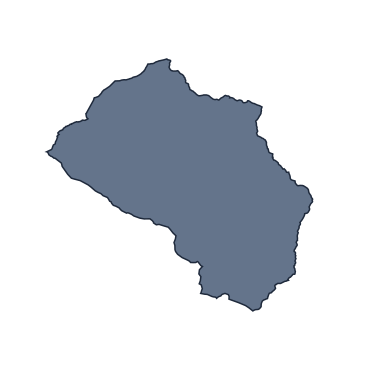 outline of Rau Alb, Dâmbovita, Romania, rotated 329°
{"feature_id": "2599482B47539139457453", "entity_name": "Rau Alb", "entity_type": "district", "adm_level": 2, "iso_a3": "ROU", "parent_name": "Romania", "parent_adm1": "Dâmbovita", "projection": "natural_earth1", "projection_center": [25.346, 45.149], "detail": "fine", "context": "isolated", "style": "filled", "palette": "slate", "viewbox_px": 384, "rotation_deg": 329, "n_neighbors": 0, "source": "geoboundaries", "source_scale": "gbopen_adm2", "svg_char_len": 6007}
<svg xmlns="http://www.w3.org/2000/svg" viewBox="0 0 384 384"><g transform="rotate(329 192 192)"><path d="M182.9,325.3L184.5,325.3L185.7,325.5L188.2,326.7L189.7,326.8L192.0,326.0L192.4,325.6L193.1,324.4L194.2,323.1L196.1,321.7L197.7,321.5L199.3,321.8L200.5,321.9L201.7,322.2L202.2,321.9L203.2,320.7L203.7,320.5L204.6,319.6L206.1,318.6L208.1,319.2L208.5,319.2L209.1,318.8L211.9,318.4L213.7,317.8L214.0,317.6L214.6,315.0L215.9,314.4L216.2,314.7L216.9,314.5L217.5,314.6L218.4,314.5L220.8,316.0L225.7,316.4L226.6,316.9L227.7,316.9L228.3,317.2L229.3,317.4L229.1,316.3L230.4,315.9L230.8,315.6L231.5,315.5L232.5,315.7L234.9,315.0L235.9,314.6L236.4,314.6L237.3,315.2L238.0,315.3L238.7,314.4L239.7,313.3L239.8,312.5L240.6,310.7L240.5,309.4L241.0,308.8L241.1,308.2L241.2,307.9L242.4,307.7L242.8,307.1L243.5,306.4L243.9,306.4L244.3,306.2L244.7,305.4L244.6,304.7L244.8,304.1L246.8,302.6L246.7,302.0L246.8,301.9L247.1,301.0L248.2,300.0L248.1,299.2L248.3,298.8L248.7,298.4L249.3,297.6L249.5,297.0L249.3,296.3L248.9,295.7L249.2,295.1L249.9,294.3L251.2,293.8L253.1,292.5L254.5,292.0L255.1,291.1L255.4,288.8L256.6,287.9L257.1,287.9L257.5,287.8L257.6,287.4L258.7,285.8L259.3,284.4L260.1,283.2L262.1,281.6L262.1,280.2L262.5,279.7L264.0,278.9L265.4,277.9L265.6,277.3L266.2,276.5L268.2,275.5L268.8,274.6L268.8,273.7L271.2,272.9L273.4,271.8L275.4,270.6L276.7,269.6L277.4,268.6L279.9,269.4L281.0,269.2L283.4,267.9L284.1,267.1L284.7,265.1L287.8,263.2L289.6,262.7L290.3,262.4L290.7,261.5L290.7,260.9L290.9,260.6L291.5,260.5L291.8,259.7L291.5,258.3L292.1,256.2L291.9,255.0L291.9,252.7L292.9,250.0L292.9,249.0L292.7,248.0L291.8,246.1L290.8,244.2L290.1,243.4L288.2,242.1L286.1,241.2L285.6,240.6L285.2,238.0L285.3,237.1L286.0,235.6L284.1,233.6L283.3,232.5L283.2,231.1L284.2,228.9L284.6,227.0L284.6,226.3L285.1,224.8L283.5,224.0L283.2,223.7L283.4,221.6L282.9,219.5L281.9,219.4L281.7,219.1L281.7,217.6L281.4,215.7L281.5,215.2L280.4,213.0L280.9,211.4L280.2,209.3L279.5,207.8L279.1,207.1L278.6,206.9L278.5,206.5L278.6,204.1L278.8,203.7L279.2,204.0L279.6,202.5L280.8,201.1L280.8,200.8L280.3,200.4L279.5,199.4L278.6,198.1L278.5,197.0L279.5,194.3L279.0,193.7L279.4,192.8L279.5,192.4L279.8,191.7L279.8,190.7L280.6,189.0L281.3,188.0L281.5,187.3L281.3,187.0L281.6,186.0L281.6,185.1L281.1,184.5L280.7,183.2L280.3,182.4L279.6,181.7L279.3,180.7L277.2,177.6L277.2,177.3L277.7,174.7L279.0,174.1L279.7,173.6L279.7,172.7L280.0,172.2L280.2,171.2L281.1,170.0L281.4,168.3L282.2,166.9L282.7,165.9L283.0,164.3L283.7,163.8L284.9,163.7L286.7,162.9L288.5,161.9L288.9,161.5L289.5,161.4L291.5,160.3L292.1,159.3L292.7,158.9L292.9,158.4L293.5,157.9L293.8,156.9L294.2,156.5L295.8,155.2L294.4,152.8L292.9,151.2L290.8,148.1L289.8,147.3L288.9,145.8L288.1,143.9L287.3,142.8L286.8,142.5L286.5,142.5L285.7,143.1L285.2,143.2L283.4,142.7L282.1,142.0L281.8,141.5L281.8,139.8L281.6,139.3L281.1,138.5L279.9,137.5L278.1,137.2L277.3,136.6L276.2,134.7L275.9,133.3L274.9,131.9L274.1,131.2L272.9,130.7L273.4,130.3L272.8,128.6L271.2,127.5L270.6,126.6L270.3,126.4L269.6,126.3L267.3,126.6L265.0,126.4L262.7,127.0L262.1,126.8L261.7,126.2L261.2,125.5L260.6,125.1L259.6,124.8L258.9,124.3L258.0,123.4L256.8,120.6L256.2,118.6L255.9,117.9L254.4,116.3L251.9,114.8L250.9,114.6L248.4,113.6L247.5,113.1L246.9,112.4L246.2,110.9L245.6,108.5L244.9,106.7L244.8,106.0L243.9,105.0L243.9,104.6L243.0,103.2L243.0,102.9L243.6,101.5L243.7,99.5L244.5,97.8L244.4,97.1L243.3,95.7L243.0,95.1L243.1,94.4L244.1,93.1L244.2,92.7L244.2,91.8L244.7,90.6L244.4,89.5L244.6,88.7L244.6,87.8L244.1,86.2L243.2,84.9L243.2,84.6L242.7,83.8L242.7,82.6L242.3,80.7L240.4,80.0L238.1,78.6L236.8,77.2L236.4,75.8L236.5,73.7L236.7,73.1L238.4,71.5L239.1,69.9L240.9,69.0L241.2,68.5L241.3,68.2L240.8,67.5L239.4,66.2L239.0,65.7L239.0,65.0L235.9,64.2L230.5,62.4L230.1,62.5L228.8,62.1L227.7,61.9L226.0,62.0L225.1,61.9L224.4,61.7L223.0,60.9L221.9,60.6L220.1,59.6L218.1,60.9L216.1,61.9L214.8,62.9L213.4,63.3L213.3,63.5L213.0,63.7L211.1,63.9L209.3,64.4L207.1,64.5L204.2,64.4L200.6,63.3L198.8,63.4L197.3,62.9L196.1,62.7L193.2,61.9L191.6,60.8L189.5,59.9L187.2,59.4L183.2,57.2L175.8,59.0L170.2,59.3L169.5,59.1L166.9,59.7L165.1,60.7L161.1,61.9L157.8,61.3L156.8,60.9L155.5,61.9L155.2,62.4L142.8,69.6L142.6,69.9L141.4,70.2L140.3,72.9L140.1,73.8L140.2,74.8L140.5,75.7L140.1,75.8L138.0,75.5L137.5,75.6L136.6,75.1L135.0,73.9L134.7,73.9L134.2,74.2L133.6,74.0L132.7,74.0L131.8,73.8L131.1,73.4L130.6,73.4L129.0,72.2L128.1,72.2L127.4,71.9L125.1,71.8L124.3,71.5L124.0,71.5L123.6,71.9L122.9,71.3L122.4,71.2L121.6,71.4L120.6,71.5L119.1,71.1L118.5,71.3L117.5,70.8L117.1,71.1L114.7,71.2L113.2,72.1L113.0,71.9L112.3,71.9L111.8,72.0L111.4,71.7L109.9,71.6L107.4,72.3L107.3,73.4L107.6,74.2L106.1,74.3L105.6,74.7L105.0,74.7L104.9,75.0L105.2,75.4L105.1,75.7L104.7,75.8L104.4,76.2L102.2,78.0L101.3,78.4L100.5,79.0L99.7,80.2L99.2,80.3L97.4,80.3L95.8,81.5L94.3,82.9L93.2,83.2L88.2,82.7L88.4,82.9L88.8,84.0L88.5,86.5L89.5,88.7L90.3,89.6L91.1,91.9L92.0,92.5L94.9,99.8L94.7,100.8L93.9,103.2L94.6,112.9L95.7,118.0L97.6,120.1L102.0,124.6L106.7,132.5L107.9,135.6L109.7,141.2L111.3,144.0L113.1,146.5L113.9,149.4L116.6,153.0L116.8,154.3L116.7,157.5L117.6,158.8L117.3,160.3L117.7,162.9L119.4,164.9L121.4,168.2L121.6,170.0L122.1,171.8L125.0,176.4L126.0,176.6L126.8,177.3L128.7,180.0L129.8,182.6L133.9,187.6L137.1,190.4L142.1,193.3L143.2,196.0L143.5,198.0L143.1,198.7L144.5,201.7L147.1,202.8L150.1,206.2L153.5,209.9L154.1,213.0L154.6,217.3L155.7,221.2L153.6,223.7L150.5,226.1L149.8,229.0L147.7,232.7L147.3,234.6L147.6,238.0L149.8,243.2L153.2,248.2L154.2,250.0L154.5,251.7L156.5,253.0L158.9,254.4L160.7,254.3L161.2,255.1L161.7,259.8L162.6,261.2L158.3,262.5L155.7,265.8L156.0,269.1L153.4,272.4L150.9,274.4L152.1,276.4L151.0,280.3L149.7,281.2L148.2,282.7L147.2,283.4L150.2,286.1L152.4,287.7L155.2,291.7L156.3,292.9L157.6,293.9L158.3,294.6L158.3,295.8L160.9,295.4L162.0,295.7L163.3,295.9L164.3,295.4L165.3,295.3L168.0,295.9L168.7,296.7L170.3,298.7L170.0,300.7L168.5,302.9L175.0,310.9L179.4,316.9L181.2,320.7L182.9,325.3Z" fill="#64748b" stroke="#1e293b" stroke-width="1.5"/></g></svg>